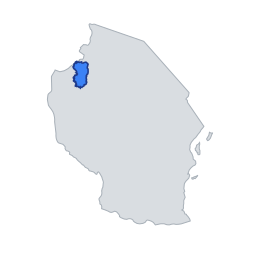 location of Kibondo, Kigoma, United Republic of Tanzania, rotated 19°
{"feature_id": "72390352B58332556482444", "entity_name": "Kibondo", "entity_type": "district", "adm_level": 2, "iso_a3": "TZA", "parent_name": "United Republic of Tanzania", "parent_adm1": "Kigoma", "projection": "orthographic", "projection_center": [30.818, -4.184], "detail": "fine", "context": "in_parent", "style": "filled", "palette": "blue", "viewbox_px": 256, "rotation_deg": 19, "n_neighbors": 0, "source": "geoboundaries", "source_scale": "gbopen_adm2", "svg_char_len": 7060}
<svg xmlns="http://www.w3.org/2000/svg" viewBox="0 0 256 256"><g transform="rotate(19 128 128)"><path d="M97.0,177.7L94.4,176.3L92.0,175.4L90.1,174.5L89.2,173.6L87.4,173.2L85.8,173.1L84.3,172.2L81.3,171.9L81.0,171.3L80.9,170.1L80.4,169.7L79.3,169.4L78.1,169.4L77.4,169.6L77.0,169.5L76.0,168.8L75.1,167.8L74.8,166.3L73.4,165.4L71.8,164.6L67.4,164.7L66.7,164.5L65.6,163.7L64.4,162.4L63.4,161.0L62.5,159.1L61.6,156.4L56.6,146.0L56.0,144.0L55.0,141.8L53.4,139.1L51.7,137.1L49.4,135.3L46.7,133.5L45.3,132.3L42.5,127.3L42.0,125.0L41.5,122.6L41.7,121.6L43.4,118.6L43.6,117.7L43.4,116.5L42.5,114.1L41.4,111.1L39.3,105.6L38.9,104.3L39.0,103.2L40.2,97.7L40.2,96.9L45.3,97.0L49.1,94.6L52.3,91.0L53.0,89.5L54.3,87.2L55.6,86.0L56.1,85.2L56.8,82.9L58.5,81.3L60.2,80.1L59.8,79.3L60.1,79.0L61.0,78.3L62.8,77.8L63.1,76.6L63.1,75.2L62.8,74.4L62.9,73.6L62.6,73.1L61.4,72.9L59.7,72.3L58.3,72.0L57.3,71.6L57.0,71.3L56.8,70.4L57.6,68.3L56.8,67.5L58.6,64.0L58.9,63.5L59.6,63.5L60.6,63.1L61.5,62.9L62.3,63.1L62.9,62.9L63.4,62.5L63.8,61.3L64.2,59.4L64.0,57.7L63.2,56.5L63.0,54.6L63.4,52.0L63.1,49.9L62.3,48.2L61.5,47.2L60.2,46.7L58.2,44.1L57.5,42.9L57.7,42.1L58.4,41.8L59.6,41.9L60.8,41.6L62.0,40.9L63.1,40.7L63.6,40.8L114.7,40.9L174.0,74.5L174.3,74.9L174.7,77.8L174.6,78.8L173.7,80.4L173.4,81.3L173.4,81.9L173.6,82.1L174.4,82.2L175.1,82.6L175.3,82.9L175.8,84.2L176.4,84.8L198.7,101.4L199.2,101.6L198.9,103.0L197.6,106.3L197.5,107.7L197.0,109.3L196.5,110.4L195.1,115.0L194.0,116.8L192.5,120.9L192.2,124.0L193.0,126.2L193.3,128.3L195.0,130.3L196.3,131.0L197.2,132.0L198.9,134.1L199.8,136.2L202.7,137.3L203.8,139.6L203.4,141.3L202.0,142.6L200.7,144.8L199.6,147.6L199.5,152.0L200.2,151.4L201.7,152.5L201.8,155.7L200.1,159.4L199.6,161.2L199.5,162.7L200.6,167.2L202.3,169.5L202.1,170.2L201.7,170.8L204.6,174.9L204.3,178.4L205.3,181.2L205.7,183.6L206.4,185.4L206.6,186.7L205.6,188.0L207.8,188.4L209.0,189.6L209.6,190.7L211.2,190.6L212.0,191.4L213.3,192.0L215.9,193.9L216.6,194.8L217.1,195.7L209.4,201.4L206.6,202.8L204.7,203.5L202.6,203.8L200.6,204.7L198.7,206.1L196.3,206.8L193.4,206.8L190.3,207.8L185.4,210.7L182.7,209.0L180.5,208.5L178.0,208.5L176.4,208.7L175.9,209.0L175.4,210.1L174.9,211.7L173.2,213.3L170.3,214.8L167.6,215.3L165.1,214.9L163.5,214.3L162.6,213.4L161.4,213.0L159.7,213.0L158.1,213.6L156.5,214.8L154.0,215.3L150.6,215.1L148.8,214.6L148.6,213.6L147.1,212.4L144.5,211.0L142.5,211.0L141.1,212.3L140.0,213.1L138.9,213.4L137.9,213.4L136.6,213.1L132.8,212.9L129.3,212.9L128.9,211.1L128.2,210.0L127.6,209.3L126.4,209.1L126.0,208.6L125.6,207.4L125.0,206.4L124.2,205.6L123.8,204.9L123.6,204.2L123.8,203.4L124.5,201.5L124.8,200.2L124.7,198.9L124.3,197.5L123.5,195.9L123.6,195.4L123.3,194.3L123.3,193.5L123.5,192.5L123.3,191.3L122.6,188.5L122.6,187.9L121.9,186.5L119.5,183.4L119.4,183.0L115.7,179.8L114.3,179.1L113.7,179.7L113.5,180.3L113.7,181.3L113.6,181.8L113.4,182.0L112.5,182.0L112.0,181.8L110.6,181.0L109.5,180.8L106.7,180.9L105.8,181.1L105.0,180.9L103.6,179.5L101.9,179.2L100.4,179.1L97.9,177.5L97.0,177.7ZM203.3,125.8L204.5,129.3L204.3,129.9L203.4,130.3L203.0,130.4L202.4,129.8L202.1,128.6L201.4,128.9L200.3,127.5L199.2,127.4L198.2,125.7L198.7,124.3L198.5,121.8L199.7,120.5L200.4,118.4L201.1,119.9L201.3,122.1L202.3,124.8L203.3,125.8ZM209.5,105.2L209.6,106.0L209.3,106.8L209.3,109.3L209.2,110.9L208.3,113.2L207.5,114.0L206.9,113.7L206.3,113.3L205.9,112.7L206.8,108.6L206.4,105.5L208.1,105.8L209.5,105.2ZM206.2,155.2L205.3,155.4L205.0,155.2L204.4,154.5L205.4,153.9L206.3,152.8L208.4,151.2L209.4,149.9L209.2,151.2L208.0,154.0L207.0,154.1L206.2,155.2Z" fill="#d9dde1" stroke="#a8b0b8" stroke-width="1"/><path d="M69.6,80.9L68.9,80.1L68.7,80.0L68.3,79.9L67.8,79.9L67.0,79.4L66.1,79.7L66.0,79.8L65.8,80.1L65.2,80.3L64.5,81.2L64.3,81.3L64.0,81.3L63.1,81.5L62.8,81.5L62.7,81.3L62.6,81.1L62.4,80.8L62.4,80.7L61.2,81.5L60.7,81.6L60.3,81.5L60.1,81.6L59.9,81.6L59.7,81.7L59.8,81.8L59.6,81.8L59.4,82.0L59.3,81.9L59.2,82.0L58.8,82.1L58.7,82.2L58.8,82.3L58.7,82.4L58.6,82.7L58.5,82.8L58.4,83.0L58.2,82.5L58.1,82.3L58.1,82.1L58.2,81.9L57.9,81.7L57.8,81.9L57.5,82.1L57.4,82.3L57.1,82.5L57.3,82.7L57.2,82.9L57.3,82.9L57.3,83.1L57.2,83.2L57.1,83.4L56.9,83.4L56.9,83.6L56.7,84.1L56.6,84.3L56.5,84.5L56.5,84.4L56.4,84.5L56.2,84.9L56.3,84.9L56.2,85.0L56.3,85.1L56.5,85.7L56.6,85.8L56.6,86.0L56.4,86.2L56.6,86.6L56.4,86.8L56.4,87.1L56.5,87.2L56.7,87.4L56.5,87.6L56.5,87.9L56.5,88.0L56.4,88.1L56.5,88.2L56.3,88.2L56.4,88.4L56.4,88.5L56.5,88.6L56.6,88.8L56.9,89.0L57.0,89.1L57.5,89.6L57.9,89.7L58.0,89.6L58.3,89.7L58.5,89.7L58.5,89.9L58.9,90.0L59.1,90.1L59.2,90.3L59.3,90.3L59.5,90.3L59.8,90.4L59.8,90.5L60.1,90.6L60.3,90.8L60.5,90.8L60.6,91.0L61.0,91.3L60.9,91.5L61.0,91.6L61.0,91.8L61.2,92.2L61.1,92.3L61.3,92.3L61.5,92.3L61.7,92.6L61.9,92.8L61.7,93.0L61.7,93.4L61.6,93.5L61.8,93.7L62.0,93.7L61.9,93.8L62.0,93.9L62.0,94.2L61.8,94.3L61.7,94.3L61.7,94.5L61.8,94.5L61.7,94.6L61.8,94.7L61.7,94.7L61.6,94.8L61.4,94.9L61.4,95.0L61.5,95.0L61.3,95.0L61.0,95.2L61.1,95.4L61.1,95.6L61.0,95.8L60.9,95.8L60.8,95.6L60.7,95.5L60.4,95.6L60.5,96.0L60.8,96.2L60.6,96.5L60.3,96.7L60.2,96.5L60.3,96.7L60.3,96.8L60.2,97.0L60.3,97.1L60.5,97.0L60.5,97.3L60.2,97.5L60.3,97.6L60.5,97.7L60.5,97.8L60.3,97.9L60.3,98.0L60.5,98.0L60.6,98.3L60.8,98.3L60.6,98.7L60.6,98.9L60.4,98.9L60.5,99.0L60.8,99.2L61.1,99.2L61.3,99.1L61.3,99.6L61.2,99.8L61.1,100.1L61.1,100.3L61.3,100.3L61.2,100.7L61.5,100.6L61.8,100.7L61.7,100.8L61.8,101.0L61.7,101.2L61.7,101.3L62.0,101.2L62.5,101.1L63.0,101.3L63.2,101.2L63.4,101.2L63.6,101.4L63.6,101.6L63.5,101.8L63.8,102.0L63.7,102.1L63.8,102.1L63.9,102.3L64.0,102.5L64.4,102.6L64.5,102.8L64.6,103.0L64.8,103.0L64.9,103.3L65.0,103.4L64.9,103.7L64.9,103.8L64.8,104.0L64.7,104.0L64.8,104.2L64.6,104.4L64.8,104.5L64.5,104.6L64.5,104.9L64.4,105.1L64.5,105.3L64.6,105.5L64.9,105.2L65.0,105.2L65.0,105.3L65.0,105.2L65.3,105.3L65.4,105.2L65.4,105.4L65.7,105.4L65.8,105.5L65.9,105.4L66.0,105.3L66.1,105.2L66.5,105.3L67.2,105.0L67.5,105.0L67.8,104.9L67.9,105.3L68.4,105.5L68.6,105.6L68.9,105.5L69.1,105.2L69.1,105.3L69.4,105.4L69.5,105.3L69.6,105.6L70.0,105.8L70.0,105.2L70.1,104.9L70.5,104.7L71.2,104.6L71.2,104.2L71.6,103.8L71.7,103.6L72.0,103.4L72.1,103.1L72.3,102.9L72.6,102.7L72.6,102.3L72.7,102.1L72.6,101.8L72.5,101.7L72.4,101.5L72.5,101.4L72.7,101.2L72.8,101.0L73.0,101.0L73.6,100.9L73.7,100.7L73.8,100.5L74.0,100.2L74.2,99.8L74.0,99.5L74.1,99.2L73.9,98.8L74.0,98.5L73.8,98.5L73.8,98.3L73.7,98.2L73.6,97.8L73.7,97.6L73.7,97.3L73.6,97.2L73.4,97.1L73.1,97.2L73.0,96.7L72.9,96.2L73.0,96.0L72.9,95.8L73.0,95.6L72.6,95.2L72.6,94.8L72.2,94.5L72.1,94.4L72.1,93.7L72.1,93.3L71.9,93.4L71.8,93.1L71.8,92.9L71.7,92.7L71.8,92.4L71.7,92.3L71.7,92.1L71.5,91.9L71.6,91.7L71.8,91.3L71.7,91.0L71.8,90.8L71.8,90.6L72.0,90.6L72.0,90.3L72.1,90.2L72.4,89.9L72.3,89.5L72.3,89.3L72.3,89.2L72.3,88.9L72.1,88.7L72.1,88.2L71.9,87.9L71.9,87.4L71.8,87.2L71.7,86.9L71.6,86.7L71.3,86.3L71.3,85.9L71.1,85.6L71.0,85.2L70.2,84.9L69.9,84.5L69.8,84.3L69.8,83.8L69.6,83.5L69.7,83.2L69.6,82.8L69.7,82.7L69.6,82.4L69.6,81.9L69.4,81.6L69.4,81.4L69.6,81.3L69.6,81.0L69.6,80.9Z" fill="#3b82f6" stroke="#1e3a8a" stroke-width="1.5"/></g></svg>